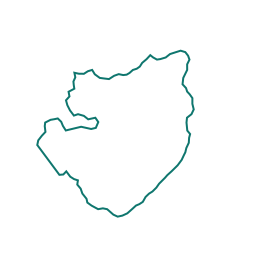 Santo Antônio do Pinhal, São Paulo, Brazil, rotated 331°
{"feature_id": "56859067B50632789381856", "entity_name": "Santo Antônio do Pinhal", "entity_type": "district", "adm_level": 2, "iso_a3": "BRA", "parent_name": "Brazil", "parent_adm1": "São Paulo", "projection": "albers", "projection_center": [-45.697, -22.83], "detail": "fine", "context": "isolated", "style": "outline", "palette": "teal", "viewbox_px": 256, "rotation_deg": 331, "n_neighbors": 0, "source": "geoboundaries", "source_scale": "gbopen_adm2", "svg_char_len": 1435}
<svg xmlns="http://www.w3.org/2000/svg" viewBox="0 0 256 256"><g transform="rotate(331 128 128)"><path d="M45.3,135.7L48.9,137.3L53.0,136.0L53.9,142.6L56.0,146.5L58.8,149.5L56.2,152.9L57.2,158.1L56.3,163.2L57.4,169.8L56.3,173.5L58.5,178.2L62.5,184.5L67.1,186.1L70.4,188.9L73.2,196.7L76.0,200.5L80.6,201.9L86.0,202.3L92.4,200.9L97.4,199.7L101.0,200.1L105.1,199.8L110.0,196.8L114.6,195.6L118.6,195.4L123.9,193.9L128.2,191.8L136.2,189.5L139.5,188.3L145.1,187.0L153.3,184.7L159.5,181.9L163.5,179.0L166.4,177.0L169.3,173.8L174.0,170.4L176.7,166.2L179.4,163.4L178.6,159.0L181.8,151.6L184.6,147.6L190.2,146.7L194.5,143.6L196.0,138.1L198.8,133.1L198.3,128.5L197.4,124.8L198.1,121.2L196.9,116.2L200.6,111.0L207.9,105.9L210.6,101.0L214.9,98.0L215.6,93.9L214.9,89.4L211.5,85.9L206.2,84.8L200.6,83.7L195.2,84.6L189.7,83.4L186.5,82.2L184.2,78.5L182.8,75.1L177.6,76.8L172.0,77.9L168.1,80.0L164.4,80.4L160.4,79.6L156.0,80.6L152.7,80.7L149.5,79.4L146.0,76.4L141.2,75.6L135.1,76.0L131.1,73.1L127.6,70.5L125.0,64.9L124.8,59.8L120.4,58.9L115.7,59.2L111.2,56.6L107.9,53.7L106.5,58.1L102.8,60.9L101.4,64.1L100.1,67.6L93.6,67.5L92.1,72.0L87.2,73.7L86.0,78.7L85.8,84.5L86.7,90.9L91.0,91.7L95.3,96.0L97.4,101.1L104.4,103.2L104.9,108.4L99.9,112.3L95.3,111.0L87.6,104.2L72.4,100.0L72.1,94.6L72.6,90.2L71.2,85.6L67.9,84.6L64.2,83.3L58.2,83.1L56.1,86.0L53.9,91.4L48.9,93.0L43.5,95.3L40.4,98.9L45.3,135.7Z" fill="none" stroke="#0f766e" stroke-width="2"/></g></svg>